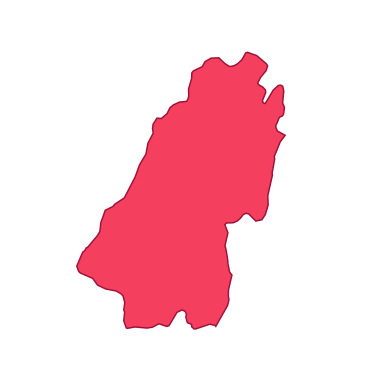 San Antonio Suchitepéquez, Suchitepéquez, Guatemala (Robinson projection), rotated 203°
{"feature_id": "79465075B26922695910316", "entity_name": "San Antonio Suchitepéquez", "entity_type": "district", "adm_level": 2, "iso_a3": "GTM", "parent_name": "Guatemala", "parent_adm1": "Suchitepéquez", "projection": "robinson", "projection_center": [-91.412, 14.514], "detail": "fine", "context": "isolated", "style": "filled", "palette": "rose", "viewbox_px": 384, "rotation_deg": 203, "n_neighbors": 0, "source": "geoboundaries", "source_scale": "gbopen_adm2", "svg_char_len": 1753}
<svg xmlns="http://www.w3.org/2000/svg" viewBox="0 0 384 384"><g transform="rotate(203 192 192)"><path d="M198.3,41.2L191.7,45.5L180.2,49.2L175.6,52.1L170.9,57.8L162.7,58.4L160.9,60.0L158.8,75.4L155.1,79.5L151.7,79.5L149.5,77.5L148.7,74.3L145.2,69.9L140.7,70.0L139.6,67.8L136.8,66.8L135.1,67.4L124.1,77.2L118.9,78.2L117.6,77.6L114.9,101.5L115.9,107.3L117.9,110.4L120.2,116.2L122.8,131.2L126.0,132.9L131.0,140.1L132.3,142.9L137.2,150.8L140.7,155.7L143.0,168.5L149.0,174.8L148.1,177.0L142.2,179.7L139.2,182.7L137.2,186.6L136.7,188.7L136.1,191.0L134.2,193.4L131.3,194.0L121.9,190.2L116.8,193.8L115.7,200.0L116.8,209.7L120.8,218.2L124.6,239.1L125.6,240.6L128.8,254.7L130.1,256.8L130.4,272.6L128.4,280.6L137.3,281.5L140.7,285.1L140.7,294.9L138.3,297.7L138.2,299.6L139.9,305.9L143.4,309.4L146.9,320.6L149.8,324.8L152.1,325.0L154.2,323.8L157.0,317.6L159.1,302.1L161.4,301.9L162.9,303.9L163.0,312.4L164.3,314.6L168.0,316.3L172.7,316.8L174.1,318.0L173.6,324.5L171.2,332.5L171.7,337.7L173.7,339.1L185.6,342.8L195.5,342.3L196.9,341.0L197.7,333.3L200.0,328.1L202.5,324.8L204.1,323.7L205.3,322.8L206.8,322.2L212.0,323.1L219.7,326.0L226.7,322.7L230.9,317.2L231.5,311.4L238.0,304.1L238.7,301.7L236.7,296.2L235.4,285.3L232.5,279.1L232.0,275.9L232.4,273.3L238.6,269.9L243.2,264.9L245.2,260.9L245.6,254.3L249.0,247.6L253.1,246.3L254.3,239.3L253.2,235.1L250.7,231.0L251.6,219.7L249.2,208.9L250.9,196.6L250.2,183.5L252.0,160.1L258.2,150.8L259.1,147.8L264.7,141.3L263.9,128.0L261.4,119.9L261.9,115.3L266.5,100.2L267.5,99.3L267.8,96.0L269.1,93.9L269.1,78.8L265.4,74.7L263.2,73.8L249.7,73.7L242.6,69.4L233.7,69.0L223.3,71.2L217.5,70.6L214.9,69.4L210.7,64.0L208.7,56.7L207.1,55.2L204.5,46.8L199.4,41.2L198.3,41.2Z" fill="#f43f5e" stroke="#9f1239" stroke-width="1.5"/></g></svg>